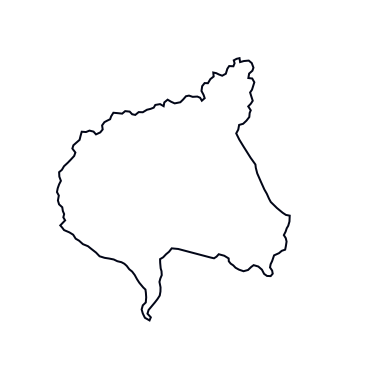 outline of Cromínia, Goiás, Brazil, rotated 233°
{"feature_id": "56859067B21383139216315", "entity_name": "Cromínia", "entity_type": "district", "adm_level": 2, "iso_a3": "BRA", "parent_name": "Brazil", "parent_adm1": "Goiás", "projection": "orthographic", "projection_center": [-49.359, -17.252], "detail": "fine", "context": "isolated", "style": "outline", "palette": "ink", "viewbox_px": 384, "rotation_deg": 233, "n_neighbors": 0, "source": "geoboundaries", "source_scale": "gbopen_adm2", "svg_char_len": 2673}
<svg xmlns="http://www.w3.org/2000/svg" viewBox="0 0 384 384"><g transform="rotate(233 192 192)"><path d="M262.8,316.4L265.4,312.2L266.8,308.6L270.3,310.5L271.5,307.8L272.0,304.6L269.2,303.5L267.5,300.7L270.2,297.5L269.2,294.5L266.1,290.2L266.7,286.1L269.7,284.2L272.3,282.9L274.6,280.9L271.2,278.8L271.1,274.6L269.3,270.2L271.4,267.6L270.4,263.8L267.0,260.4L262.6,259.7L259.3,258.6L259.0,254.8L262.4,255.2L265.0,253.7L267.6,249.8L270.8,247.6L272.1,244.8L271.2,240.6L270.7,236.7L273.2,231.5L276.7,229.6L280.4,228.1L280.2,223.8L277.6,221.0L281.4,219.4L283.6,215.1L282.4,212.2L283.3,209.0L284.8,205.5L285.3,200.7L287.9,197.5L287.7,193.1L290.1,191.0L293.7,190.6L296.8,187.3L296.6,183.4L299.7,180.1L302.6,176.9L301.1,173.0L299.4,170.4L300.0,167.3L300.5,164.1L299.3,160.3L295.7,158.3L294.8,154.6L295.8,150.0L299.5,149.7L302.7,147.1L303.7,143.4L306.5,140.2L303.9,136.8L301.3,133.6L301.0,129.4L300.7,125.4L298.7,122.6L293.7,122.6L291.7,119.6L290.8,114.7L290.1,110.2L289.6,105.3L288.0,101.4L287.8,97.8L284.1,95.3L279.8,94.0L278.1,90.5L275.8,87.0L273.2,84.1L269.3,83.5L265.9,79.8L262.1,78.4L257.9,79.2L254.5,77.4L251.3,76.6L249.2,74.0L245.7,73.6L244.6,66.7L241.6,66.9L238.6,66.9L233.5,69.8L229.4,71.4L224.7,71.0L221.1,72.5L216.0,73.5L211.3,76.3L208.1,77.1L201.4,78.9L196.3,79.5L192.0,82.6L188.7,85.8L185.2,88.9L181.7,90.7L178.4,93.4L175.4,94.8L172.3,95.4L168.1,95.4L164.5,96.3L160.2,96.3L155.4,95.6L151.3,95.3L145.1,95.6L142.1,96.1L139.4,94.6L135.4,92.0L131.6,88.6L131.1,84.5L128.5,81.1L124.6,79.6L119.9,78.7L115.0,80.8L116.7,83.7L121.6,83.2L123.9,86.3L126.2,96.1L127.3,100.1L128.7,103.9L131.5,106.9L134.8,109.5L139.8,111.9L142.0,114.7L143.8,117.8L147.1,120.0L149.8,121.0L154.5,123.9L157.6,126.1L157.2,129.7L157.9,133.8L158.1,137.7L159.2,141.9L154.8,146.7L128.4,167.5L125.8,169.7L125.6,172.7L126.2,175.9L121.7,179.4L116.9,181.3L114.5,179.7L111.5,179.8L108.6,180.8L105.3,181.2L101.7,182.8L97.7,185.5L96.0,189.8L96.5,194.2L96.5,197.2L92.6,200.1L87.9,201.1L83.2,200.3L79.8,201.4L77.5,204.2L78.2,207.3L81.0,208.7L84.8,208.9L87.0,211.3L88.6,214.4L92.0,219.4L90.8,224.7L91.0,228.3L89.9,231.7L92.2,234.3L95.5,237.7L98.7,239.1L102.3,239.4L104.0,242.9L106.0,245.8L107.1,248.5L109.8,252.1L114.3,255.8L117.2,253.2L120.9,251.9L128.0,250.2L136.6,248.9L140.4,249.5L145.6,250.7L150.4,251.3L158.8,253.2L167.6,255.3L172.9,257.5L175.8,259.2L184.0,259.4L197.2,260.5L205.4,261.3L212.2,262.6L214.0,266.5L217.2,270.0L215.7,273.9L216.2,278.4L217.4,282.9L220.4,285.6L221.9,288.1L226.5,288.4L227.1,292.1L228.3,295.4L233.2,297.1L236.5,298.3L237.6,301.5L242.1,307.8L246.4,308.4L249.1,305.6L252.2,308.9L252.5,313.2L254.3,315.9L259.0,317.3L262.8,316.4Z" fill="none" stroke="#020617" stroke-width="2"/></g></svg>